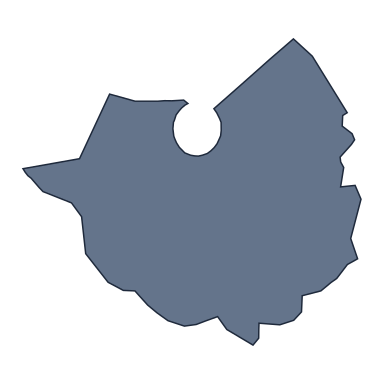 outline of Ghabou, Guidimaka, Mauritania
{"feature_id": "47542326B82257373833544", "entity_name": "Ghabou", "entity_type": "district", "adm_level": 2, "iso_a3": "MRT", "parent_name": "Mauritania", "parent_adm1": "Guidimaka", "projection": "natural_earth1", "projection_center": [-12.146, 15.031], "detail": "fine", "context": "isolated", "style": "filled", "palette": "slate", "viewbox_px": 384, "rotation_deg": 0, "n_neighbors": 0, "source": "geoboundaries", "source_scale": "gbopen_adm2", "svg_char_len": 1182}
<svg xmlns="http://www.w3.org/2000/svg" viewBox="0 0 384 384"><path d="M293.4,38.9L269.9,59.2L240.4,85.4L213.9,108.7L216.8,112.9L219.7,118.8L221.1,122.4L221.2,130.6L220.6,135.9L219.2,139.1L217.1,143.7L214.2,147.6L210.8,150.9L207.3,153.5L202.4,155.2L198.4,156.1L194.7,155.9L190.6,155.2L184.8,152.9L179.3,147.3L176.5,142.8L174.8,138.9L173.8,136.2L172.9,128.7L173.5,122.0L174.2,120.8L176.1,114.9L179.0,111.0L181.6,108.0L185.0,105.1L187.9,103.5L183.7,100.1L171.8,100.8L164.6,100.7L157.9,101.2L135.1,101.2L109.6,94.1L79.5,158.7L23.0,168.7L25.3,172.4L27.9,175.7L31.1,178.2L33.5,181.0L36.8,184.8L39.2,187.6L43.0,191.6L71.5,202.9L81.6,216.7L85.7,253.7L108.1,282.3L123.3,290.4L134.9,290.9L147.7,305.1L157.1,312.9L168.0,320.7L184.4,326.1L188.1,325.6L196.2,324.5L205.7,320.9L217.6,316.6L226.8,329.5L253.0,345.1L258.7,338.2L258.8,329.4L259.0,323.2L279.8,324.8L293.7,320.3L301.5,311.9L302.2,295.7L320.9,290.9L331.0,282.5L336.7,278.5L347.4,264.5L357.6,258.8L350.7,238.5L361.0,199.2L355.1,185.4L340.6,186.9L343.7,167.5L340.7,162.0L340.1,157.1L351.4,144.5L354.6,139.8L352.1,133.7L342.2,126.1L342.7,115.5L347.2,112.7L312.3,56.2L293.4,38.9Z" fill="#64748b" stroke="#1e293b" stroke-width="1.5"/></svg>